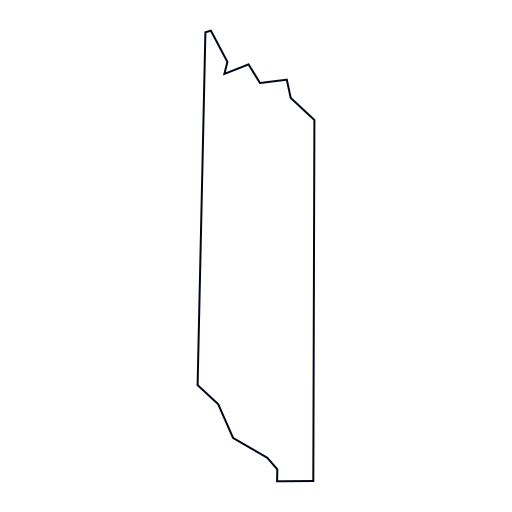 Morris, Texas, United States of America (Equal Earth projection)
{"feature_id": "52423323B98583115824614", "entity_name": "Morris", "entity_type": "district", "adm_level": 2, "iso_a3": "USA", "parent_name": "United States of America", "parent_adm1": "Texas", "projection": "equal_earth", "projection_center": [-94.745, 33.122], "detail": "fine", "context": "isolated", "style": "outline", "palette": "ink", "viewbox_px": 512, "rotation_deg": 0, "n_neighbors": 0, "source": "geoboundaries", "source_scale": "gbopen_adm2", "svg_char_len": 323}
<svg xmlns="http://www.w3.org/2000/svg" viewBox="0 0 512 512"><path d="M197.6,385.1L218.2,404.2L233.1,438.0L267.3,457.8L277.3,469.3L277.1,481.3L313.3,481.0L314.4,120.0L290.7,97.9L286.8,79.7L260.0,83.0L248.5,64.4L224.4,73.9L227.4,61.9L210.9,30.7L205.4,32.3L197.6,385.1Z" fill="none" stroke="#020617" stroke-width="2"/></svg>